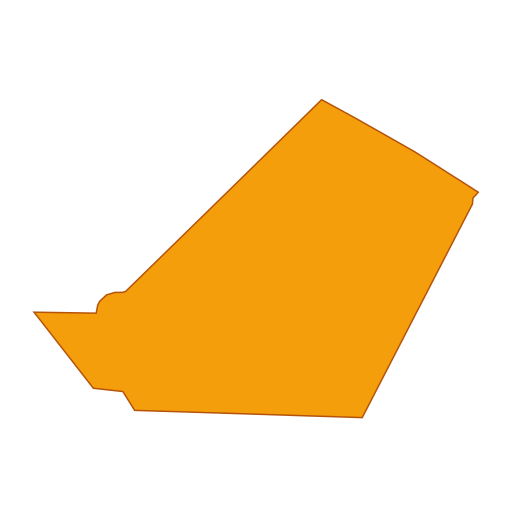 Borkou Yala, Borkou, Chad (Robinson projection), rotated 182°
{"feature_id": "50815135B13621547433724", "entity_name": "Borkou Yala", "entity_type": "district", "adm_level": 2, "iso_a3": "TCD", "parent_name": "Chad", "parent_adm1": "Borkou", "projection": "robinson", "projection_center": [17.629, 17.462], "detail": "fine", "context": "isolated", "style": "filled", "palette": "amber", "viewbox_px": 512, "rotation_deg": 182, "n_neighbors": 0, "source": "geoboundaries", "source_scale": "gbopen_adm2", "svg_char_len": 521}
<svg xmlns="http://www.w3.org/2000/svg" viewBox="0 0 512 512"><g transform="rotate(182 256 256)"><path d="M475.9,192.1L464.1,178.1L413.9,118.1L413.1,118.1L384.3,115.9L371.9,97.5L144.2,98.2L42.9,312.5L41.5,315.5L41.2,321.5L36.1,327.5L41.7,330.8L48.9,335.1L67.0,345.7L84.5,356.0L101.2,365.8L161.4,397.2L194.9,414.0L195.6,414.4L195.8,414.5L196.0,414.4L278.4,327.8L385.1,216.0L387.8,215.0L395.7,214.7L404.0,211.9L410.5,205.5L412.5,201.4L413.7,193.3L475.9,192.1Z" fill="#f59e0b" stroke="#b45309" stroke-width="1.5"/></g></svg>